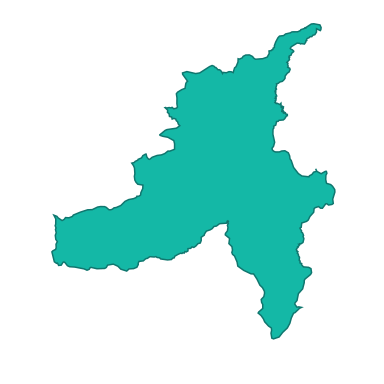 outline of Tana Toraja, Sulawesi Selatan, Indonesia, rotated 264°
{"feature_id": "22746128B55477646801661", "entity_name": "Tana Toraja", "entity_type": "district", "adm_level": 2, "iso_a3": "IDN", "parent_name": "Indonesia", "parent_adm1": "Sulawesi Selatan", "projection": "albers", "projection_center": [119.71, -3.057], "detail": "fine", "context": "isolated", "style": "filled", "palette": "teal", "viewbox_px": 384, "rotation_deg": 264, "n_neighbors": 0, "source": "geoboundaries", "source_scale": "gbopen_adm2", "svg_char_len": 6082}
<svg xmlns="http://www.w3.org/2000/svg" viewBox="0 0 384 384"><g transform="rotate(264 192 192)"><path d="M342.0,337.6L344.8,336.7L346.6,330.7L346.6,328.2L343.9,322.9L343.1,322.4L343.1,321.7L343.6,321.8L343.6,321.5L342.8,320.6L342.1,317.3L341.2,316.5L340.3,313.9L340.8,308.2L340.0,306.4L339.4,301.6L338.0,299.5L337.9,295.3L336.4,293.6L332.4,290.9L328.9,289.2L327.1,289.0L326.6,287.7L325.2,287.3L324.9,286.0L324.4,285.8L324.2,283.3L321.8,283.3L318.3,280.9L317.2,276.3L317.4,269.0L318.8,267.3L320.4,266.4L322.3,263.5L322.6,259.8L321.6,257.1L320.1,255.9L319.2,252.9L319.7,251.8L316.4,251.3L312.0,248.9L311.0,247.3L306.4,245.4L307.5,243.5L307.8,241.3L307.0,238.6L307.7,235.4L306.6,234.8L309.9,233.2L310.8,231.8L310.8,230.7L313.4,228.7L313.4,228.0L314.8,227.0L315.7,225.2L314.9,222.6L309.6,212.1L309.4,208.0L312.3,199.5L311.4,195.0L310.0,195.0L302.6,199.2L301.7,197.9L300.3,197.1L295.8,195.9L294.9,192.5L292.8,188.1L291.3,186.7L287.2,186.9L281.3,186.2L278.0,186.4L277.0,185.3L276.7,182.5L278.3,181.0L277.8,179.9L278.4,178.1L278.1,175.3L278.8,174.7L278.7,174.0L275.9,176.4L273.7,175.9L272.4,177.3L269.5,177.5L268.7,179.6L266.6,179.9L267.1,181.7L266.2,183.5L264.6,183.8L263.4,185.0L260.9,185.5L259.2,186.8L257.1,183.2L256.7,173.7L256.1,171.8L252.3,166.0L251.7,166.1L250.4,168.9L249.0,173.6L245.0,179.3L241.7,179.7L236.3,179.1L235.0,174.3L235.2,172.3L233.1,169.0L232.1,165.5L232.0,161.1L231.2,157.9L230.7,156.0L228.9,153.3L229.1,152.4L230.1,151.6L231.7,150.7L234.5,150.3L234.5,149.6L233.3,146.9L231.2,145.4L230.1,141.8L229.3,141.4L228.4,138.7L227.4,137.7L227.0,135.1L224.3,136.6L221.9,137.3L216.1,137.1L213.6,136.3L209.9,136.4L207.6,137.3L205.4,138.9L204.0,143.9L200.6,143.4L196.7,141.1L194.3,140.5L193.6,139.3L193.2,137.3L193.6,136.9L192.3,135.8L191.5,133.1L191.1,128.3L189.7,124.4L186.0,119.8L184.5,115.0L184.4,112.8L183.2,111.0L182.8,109.3L183.0,107.6L185.7,105.1L186.6,103.5L187.1,99.5L186.9,96.5L184.9,91.0L185.2,86.3L183.7,79.1L181.5,71.6L180.2,70.5L179.2,66.9L179.8,63.5L178.1,62.0L177.2,59.8L180.2,56.2L181.9,55.1L183.4,52.2L179.5,53.7L174.3,53.1L172.8,52.4L170.4,53.0L169.0,52.3L165.6,52.7L163.2,51.5L159.1,51.6L156.7,52.9L154.3,51.3L150.9,51.1L149.2,50.4L148.0,47.4L147.1,46.4L137.0,47.8L135.2,49.8L135.3,50.8L132.9,51.7L132.9,54.3L135.6,56.4L135.8,57.3L135.1,58.3L131.7,60.4L130.5,62.4L129.6,67.6L126.8,76.7L125.2,79.4L125.8,81.6L127.4,82.8L127.6,83.7L125.6,89.5L125.1,97.2L125.9,98.9L128.1,100.4L128.5,106.2L125.9,110.6L122.7,113.1L120.2,118.8L122.1,121.4L121.9,125.9L122.9,129.3L125.5,131.0L126.7,131.0L128.5,132.0L128.6,136.4L130.5,139.0L130.7,140.8L132.1,143.3L131.3,147.6L131.5,149.4L130.5,150.5L130.0,152.9L128.7,153.8L127.0,160.6L127.0,164.5L128.2,165.9L128.4,167.5L129.9,168.1L131.4,171.5L132.3,174.2L131.9,175.6L132.5,176.4L132.1,177.9L133.5,178.7L133.0,180.0L133.8,181.8L136.1,182.1L136.1,184.8L137.4,186.3L136.7,188.0L137.8,190.1L140.0,192.5L140.4,194.9L142.8,196.1L146.0,196.4L147.8,199.7L148.9,200.0L151.6,202.2L152.5,206.2L153.5,208.3L155.4,210.2L155.6,212.8L157.6,216.1L157.4,223.1L159.3,224.0L159.6,224.6L158.9,225.1L157.9,224.2L157.0,224.8L155.1,223.7L153.0,224.1L149.5,223.1L147.4,221.0L145.9,220.6L141.9,224.5L136.8,223.3L133.5,226.0L130.0,226.2L127.7,225.3L125.8,225.8L123.9,227.6L117.7,229.5L113.5,229.8L108.6,235.3L104.4,242.2L104.1,244.7L98.6,247.5L92.2,249.8L89.5,252.1L85.8,253.6L83.8,253.6L80.4,252.5L77.9,249.6L74.9,249.7L72.7,250.6L68.8,250.2L65.7,245.8L64.7,245.1L61.9,247.8L58.5,249.7L55.3,250.7L50.7,254.1L48.5,256.7L46.0,256.7L43.3,255.8L38.3,256.1L37.4,257.7L38.7,263.5L42.8,267.4L46.8,272.6L51.2,275.6L56.3,277.6L60.8,280.3L61.3,281.9L65.1,286.8L65.8,288.8L66.6,286.2L66.5,284.3L69.7,282.5L71.0,282.9L73.1,285.1L79.8,287.2L84.1,291.9L90.0,294.1L92.3,294.4L93.6,295.3L97.6,301.3L99.3,302.5L103.4,302.3L104.9,300.1L105.9,295.0L108.3,293.3L109.4,293.6L110.2,292.0L112.0,292.3L112.9,291.5L115.9,292.1L117.2,291.3L119.1,291.2L120.1,290.3L121.6,291.1L122.4,289.9L123.1,290.2L123.8,289.7L124.9,290.3L125.9,291.7L126.6,291.4L126.8,292.2L128.0,293.2L128.7,292.8L128.5,293.7L129.3,293.8L129.1,295.0L130.2,297.1L133.9,298.4L136.3,297.8L137.1,298.4L138.7,298.0L139.9,297.6L140.7,296.6L142.0,296.9L144.4,295.6L145.2,295.9L145.4,296.9L149.7,297.9L150.8,302.9L152.0,304.7L155.3,306.7L159.1,310.9L162.7,311.7L163.5,312.8L164.3,316.3L162.5,318.1L162.2,320.0L166.2,323.7L166.2,324.9L164.8,326.4L164.8,327.2L165.0,329.9L165.8,331.3L170.2,331.2L177.0,334.1L179.5,334.2L183.0,332.4L184.9,330.7L186.5,326.8L187.3,326.6L190.4,326.3L194.6,326.9L196.5,328.1L198.5,327.8L198.6,326.8L196.7,322.3L199.5,318.3L202.2,317.4L199.6,318.3L199.0,315.0L196.9,313.1L195.9,310.5L194.9,309.9L196.4,303.0L199.2,299.7L205.8,295.6L212.9,294.0L214.8,292.9L217.6,292.9L220.9,291.9L223.3,288.7L223.4,285.5L222.7,283.1L223.1,279.2L224.0,277.5L225.5,276.3L227.2,276.2L228.8,277.8L232.8,279.4L241.0,278.5L245.9,279.1L247.1,280.1L248.9,280.1L249.8,282.3L253.2,283.4L253.3,285.1L254.2,286.0L254.1,290.3L255.1,291.8L257.9,294.0L257.9,294.8L259.2,294.9L259.8,293.4L260.9,293.2L260.7,291.7L261.2,291.1L261.8,292.0L262.5,290.8L262.9,291.4L263.6,291.0L263.7,290.6L263.2,290.9L262.8,290.4L262.8,289.7L264.2,290.1L265.2,291.3L266.0,290.5L266.3,291.6L267.1,291.9L267.9,290.8L267.3,289.6L270.9,289.7L269.8,288.5L271.4,285.8L271.1,285.1L272.3,283.9L272.6,284.5L274.1,284.3L274.4,285.0L276.1,285.4L276.6,284.6L277.0,285.5L278.1,285.2L278.6,286.3L282.0,285.2L282.7,285.9L283.6,285.1L284.8,286.3L285.6,286.0L285.7,286.7L287.0,286.3L289.7,287.5L290.7,287.3L291.1,289.2L292.2,290.8L292.6,293.4L293.7,294.9L295.3,296.4L297.5,296.7L300.2,299.2L301.2,301.1L302.7,301.9L303.7,302.4L304.9,302.1L306.0,300.2L307.2,300.8L308.9,300.4L310.0,300.9L311.0,299.9L313.4,302.8L315.3,302.6L315.8,303.1L316.2,302.5L317.2,303.0L317.7,304.8L319.6,305.7L320.9,307.7L321.4,307.9L322.9,306.7L324.0,304.9L324.6,304.7L326.1,305.9L329.1,312.1L328.6,314.6L327.9,315.4L328.1,316.4L327.4,319.3L329.2,320.8L330.1,320.9L330.5,321.7L330.7,321.4L332.6,322.5L333.2,324.6L334.1,325.5L334.0,327.4L335.3,328.6L335.6,330.6L338.0,332.5L341.4,332.9L339.1,336.4L339.9,337.1L342.0,337.6Z" fill="#14b8a6" stroke="#0f766e" stroke-width="1.5"/></g></svg>